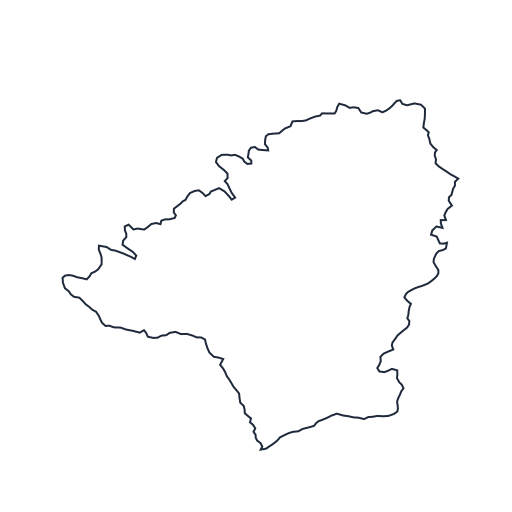 outline of Pocrane, Minas Gerais, Brazil, rotated 284°
{"feature_id": "56859067B31563261400797", "entity_name": "Pocrane", "entity_type": "district", "adm_level": 2, "iso_a3": "BRA", "parent_name": "Brazil", "parent_adm1": "Minas Gerais", "projection": "equal_earth", "projection_center": [-41.556, -19.555], "detail": "fine", "context": "isolated", "style": "outline", "palette": "slate", "viewbox_px": 512, "rotation_deg": 284, "n_neighbors": 0, "source": "geoboundaries", "source_scale": "gbopen_adm2", "svg_char_len": 4280}
<svg xmlns="http://www.w3.org/2000/svg" viewBox="0 0 512 512"><g transform="rotate(284 256 256)"><path d="M377.1,238.5L374.5,236.6L370.9,236.8L366.7,237.6L364.0,241.1L361.4,242.3L360.7,238.5L359.8,232.5L361.5,228.5L359.8,224.9L356.5,223.6L352.9,224.0L349.7,224.2L347.5,228.3L344.6,229.1L343.2,225.4L344.9,221.6L347.2,219.7L348.5,215.1L349.1,211.2L347.6,207.6L347.3,203.4L345.8,198.2L341.8,194.4L337.5,194.4L334.2,198.5L331.5,204.4L329.1,208.4L324.8,209.6L321.1,207.6L318.8,211.0L315.2,213.9L311.6,216.9L307.6,221.6L304.8,218.8L307.9,214.7L311.1,209.8L312.9,203.7L309.9,199.7L307.6,196.6L304.9,195.8L301.9,192.6L304.3,188.7L305.9,184.7L304.3,180.8L301.1,176.7L296.9,174.9L293.4,174.0L291.3,171.7L288.4,170.0L284.9,167.2L282.1,164.9L278.4,165.7L276.1,168.4L273.3,167.9L270.8,163.5L269.5,158.9L267.4,155.6L263.8,155.6L263.8,151.0L261.7,146.7L257.7,143.8L254.6,141.1L254.0,134.5L252.1,130.7L255.6,124.8L252.9,121.5L249.0,122.7L246.1,124.8L242.8,125.6L238.9,123.4L234.6,123.8L232.5,129.1L230.2,135.5L227.4,139.7L223.8,139.2L225.0,134.6L225.6,130.7L226.3,127.0L226.8,122.4L227.2,118.5L226.9,113.8L228.6,108.8L228.0,101.1L224.2,101.9L220.0,104.9L217.3,106.5L214.2,107.3L210.6,108.2L205.0,106.1L202.0,103.7L199.4,100.4L196.0,99.4L192.4,97.4L192.4,92.8L192.1,87.9L192.6,83.0L192.3,79.3L190.8,75.5L188.1,73.6L183.4,75.1L178.5,78.4L176.4,83.0L174.1,85.5L172.4,89.1L172.8,94.7L170.3,99.0L167.8,102.7L166.3,106.5L164.4,109.8L163.2,114.3L160.0,117.9L156.2,120.8L153.8,123.0L151.7,127.0L152.9,130.3L152.4,135.6L153.8,142.0L153.2,147.8L153.6,154.6L153.5,161.7L156.9,165.3L154.6,168.2L151.5,170.6L151.7,176.3L152.9,180.2L155.9,183.6L157.4,188.0L160.5,190.8L162.9,196.2L162.1,202.1L163.7,208.0L163.4,213.9L162.7,217.9L163.7,222.7L162.6,226.8L159.4,228.3L154.9,231.1L151.0,234.2L148.0,239.5L148.4,244.1L148.1,249.1L144.6,248.2L141.7,247.5L138.8,251.4L135.7,254.3L132.5,256.6L129.7,259.9L126.8,262.8L123.5,266.0L120.9,269.7L118.4,272.9L114.4,274.3L109.9,276.2L107.7,280.2L104.5,282.0L100.7,283.2L98.7,287.1L97.2,290.4L93.2,290.4L91.5,294.0L88.5,297.0L84.8,296.1L82.5,298.8L79.6,299.7L77.2,301.7L75.6,305.6L72.6,308.2L69.3,307.4L71.5,312.4L74.6,315.1L77.3,317.6L80.5,320.2L83.0,321.8L85.9,323.2L89.4,327.3L92.5,331.2L94.5,334.8L96.1,339.4L99.5,343.1L102.6,348.9L105.2,353.4L108.6,354.9L111.0,356.8L112.9,359.7L115.9,363.8L119.4,367.8L122.6,372.7L122.3,379.1L122.9,384.5L123.0,389.7L123.9,394.4L123.9,400.3L126.9,403.9L128.1,407.8L130.2,412.5L131.3,418.3L132.9,423.2L136.1,428.0L139.2,430.7L142.4,430.6L145.9,429.3L148.6,428.2L152.1,428.3L156.3,429.2L159.8,429.7L163.4,431.1L166.4,428.6L168.1,425.6L171.6,422.3L175.4,421.8L179.2,420.7L179.4,415.2L176.4,411.6L174.4,408.7L173.8,403.7L176.6,400.8L180.0,401.9L184.2,402.5L188.3,401.1L192.1,403.4L194.8,406.8L198.5,411.8L202.1,409.4L205.2,409.4L209.1,411.0L213.2,412.6L216.1,414.6L220.0,417.5L223.1,419.9L226.5,421.1L230.0,420.5L232.2,417.9L235.4,418.1L239.5,417.5L243.5,417.3L247.0,417.9L249.1,413.6L251.7,410.0L255.2,410.6L257.9,412.2L260.7,415.2L263.2,418.1L265.1,420.9L267.1,424.2L269.2,427.2L271.2,429.8L274.5,432.5L277.8,434.9L280.5,436.4L283.4,437.1L286.4,436.4L289.7,432.9L292.9,429.8L296.0,429.3L298.8,429.7L302.3,430.5L305.1,432.3L307.0,435.9L309.3,438.4L315.1,438.1L313.3,435.0L312.7,431.3L315.6,429.0L318.6,426.6L319.0,420.7L323.6,420.9L328.3,424.0L328.4,430.1L332.3,427.5L335.5,426.6L336.8,431.6L340.9,428.9L343.8,429.3L348.0,430.5L352.3,433.9L356.2,429.7L359.6,429.0L362.6,430.9L365.7,430.9L369.0,431.0L372.4,432.0L376.1,431.1L380.0,433.5L381.2,429.4L382.3,425.0L384.2,420.0L385.5,416.1L387.2,411.6L389.4,407.8L393.2,407.3L396.8,405.1L399.7,404.6L402.5,405.7L404.5,401.7L407.2,398.0L411.6,395.8L414.8,393.6L417.8,393.7L419.5,390.7L421.1,387.3L425.9,386.7L429.9,386.5L433.5,385.8L437.1,385.0L440.0,384.2L442.7,379.5L442.4,372.9L440.7,369.6L438.8,366.2L439.0,361.3L442.0,358.1L440.5,355.0L437.3,353.2L434.6,351.8L431.4,349.6L428.4,346.9L426.0,343.9L426.9,339.0L424.8,334.4L422.7,332.1L420.8,329.0L420.7,323.4L424.4,319.4L423.9,314.7L422.4,311.0L423.8,306.1L423.9,299.9L420.1,298.8L416.4,298.8L413.3,297.8L411.8,291.8L410.4,285.6L407.7,284.2L405.9,280.2L402.9,275.7L399.7,271.7L398.0,267.9L396.9,263.2L395.4,258.8L390.3,258.1L386.7,253.2L384.1,251.2L380.7,248.8L378.8,242.9L377.1,238.5Z" fill="none" stroke="#1e293b" stroke-width="2"/></g></svg>